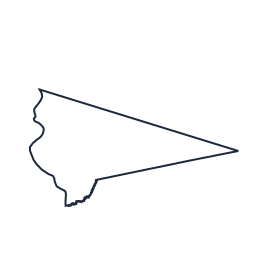 Puerto Nariño, Amazonas, Colombia, rotated 75°
{"feature_id": "7082276B14998951172946", "entity_name": "Puerto Nariño", "entity_type": "district", "adm_level": 2, "iso_a3": "COL", "parent_name": "Colombia", "parent_adm1": "Amazonas", "projection": "albers", "projection_center": [-70.424, -3.539], "detail": "fine", "context": "isolated", "style": "outline", "palette": "slate", "viewbox_px": 256, "rotation_deg": 75, "n_neighbors": 0, "source": "geoboundaries", "source_scale": "gbopen_adm2", "svg_char_len": 4689}
<svg xmlns="http://www.w3.org/2000/svg" viewBox="0 0 256 256"><g transform="rotate(75 128 128)"><path d="M186.9,208.4L187.1,207.1L187.1,206.8L187.1,206.6L187.4,206.3L187.8,206.0L187.9,205.8L187.8,205.6L187.5,205.5L187.3,205.4L187.1,205.2L187.1,204.8L187.2,204.7L187.3,204.8L187.4,205.0L187.6,205.1L187.9,205.0L188.0,204.8L188.0,204.6L188.1,204.4L188.1,204.1L188.1,203.5L188.1,203.1L187.8,202.8L187.6,202.7L187.4,202.7L187.2,202.9L187.0,202.7L186.9,202.6L186.7,202.5L186.7,202.3L186.7,202.1L186.8,202.0L187.0,201.9L187.2,201.7L186.9,201.5L186.7,201.4L186.3,201.3L186.3,201.1L186.3,200.9L186.3,200.7L186.4,200.3L186.5,200.2L186.6,200.6L186.8,200.7L187.0,200.6L187.3,200.6L187.6,200.6L187.8,200.4L187.7,200.2L187.8,200.1L187.9,199.9L188.1,199.9L188.1,199.6L187.9,199.5L187.9,199.2L188.0,198.7L188.0,198.3L188.0,198.1L188.0,197.8L188.0,197.6L187.9,197.4L187.5,197.3L187.3,197.2L187.1,197.1L186.9,197.4L186.9,197.6L186.9,197.8L186.7,197.8L186.6,197.7L186.7,197.3L186.7,197.2L186.0,197.1L185.6,197.0L185.6,196.9L185.7,196.7L185.8,196.7L185.7,196.5L185.5,196.4L185.4,196.4L185.5,196.0L185.5,195.6L185.9,195.6L186.0,195.7L186.2,195.1L186.1,194.9L186.1,194.7L186.3,194.5L186.4,194.4L186.2,194.3L185.9,194.5L185.8,194.4L185.9,194.1L185.9,193.9L186.0,193.7L186.4,193.6L186.5,193.4L186.5,193.1L186.6,192.9L186.8,192.8L187.1,192.8L187.5,192.5L187.6,192.4L187.6,192.2L187.4,192.1L187.3,192.3L187.2,192.4L186.8,192.4L186.6,192.3L186.7,192.1L186.8,191.8L186.9,191.6L187.0,191.3L187.0,190.9L187.2,190.6L187.2,190.4L187.2,190.2L186.9,190.4L186.9,190.7L186.7,190.7L186.4,190.5L186.4,190.4L186.4,190.2L186.4,189.8L186.6,189.2L186.6,188.9L186.1,188.5L185.9,188.5L185.7,188.6L185.6,188.9L185.4,188.9L185.3,188.7L185.5,188.5L185.5,188.2L185.4,187.8L185.4,187.4L185.3,187.2L185.1,187.1L185.0,187.4L185.1,187.6L185.1,187.8L184.5,188.0L184.4,188.1L184.2,188.2L183.9,187.8L184.0,187.7L184.6,187.3L184.8,187.0L184.9,186.7L184.9,186.3L184.7,185.9L184.5,185.6L184.3,185.5L184.1,185.6L183.7,186.0L183.4,186.0L183.3,185.9L183.5,185.6L183.8,185.4L184.0,185.1L184.5,184.7L184.7,184.4L185.0,184.2L185.0,183.8L184.7,183.6L184.4,183.5L184.3,183.4L184.2,183.4L184.0,183.5L184.3,183.7L184.4,183.8L184.4,184.0L184.2,184.1L183.8,184.3L183.7,184.2L183.7,183.9L183.8,183.8L183.8,183.7L183.6,183.6L183.4,183.6L183.4,183.4L183.5,183.3L183.5,183.1L183.6,182.9L183.6,182.7L183.5,182.4L183.3,182.3L183.2,182.3L183.1,182.2L183.2,181.8L183.1,181.7L182.6,181.7L182.2,181.5L182.1,181.3L182.1,181.0L181.8,181.0L181.7,180.9L181.7,180.6L181.3,180.3L181.2,180.1L180.9,180.3L180.7,180.4L180.5,180.2L180.7,179.8L180.8,179.8L180.8,179.6L180.7,179.4L179.9,179.3L179.6,179.3L179.5,179.2L179.5,178.8L179.3,178.8L179.2,178.7L179.3,178.3L179.2,178.2L178.9,178.2L178.7,178.4L178.6,178.1L178.4,177.8L178.2,177.8L177.9,178.0L177.9,178.3L177.8,178.2L177.7,178.0L177.6,177.9L177.3,177.7L177.3,177.1L177.2,176.8L176.8,177.0L176.6,176.9L176.3,176.9L176.2,176.9L176.1,176.7L176.0,176.3L175.8,175.9L175.7,176.0L175.4,176.1L175.2,176.0L174.7,175.7L174.6,175.4L174.4,175.3L174.1,175.1L174.3,174.9L174.4,174.7L174.1,174.6L174.0,174.4L173.8,174.2L173.5,174.2L173.4,174.2L173.4,173.9L173.2,173.8L173.2,173.5L172.9,173.5L172.6,173.5L172.3,173.5L172.3,173.3L172.3,173.2L172.3,172.8L172.2,172.8L172.0,173.1L171.9,173.1L171.8,172.9L172.0,172.5L172.0,172.4L171.9,172.3L171.6,172.3L171.3,172.2L171.2,172.1L170.9,172.5L170.4,172.6L170.1,172.6L169.9,172.5L175.5,76.0L178.7,27.5L67.9,203.5L68.1,203.5L68.3,203.5L69.2,203.0L69.5,202.9L71.2,202.6L71.6,202.5L72.7,202.5L73.1,202.5L75.3,202.8L75.6,202.9L76.0,203.1L76.8,203.6L77.4,204.1L79.5,206.1L81.7,208.8L82.6,210.1L83.2,211.0L83.8,211.6L84.7,212.9L84.9,213.1L85.5,213.6L86.0,213.8L86.6,214.0L87.3,214.2L88.3,214.3L89.2,214.3L90.8,214.3L91.6,214.2L92.2,214.3L92.9,214.4L93.0,214.5L93.3,214.6L93.6,215.0L94.4,216.3L94.6,216.5L95.0,216.6L95.8,216.6L96.3,216.6L96.7,216.4L97.0,216.3L97.3,216.1L97.8,215.7L98.3,215.1L99.2,214.0L99.8,213.1L101.0,212.2L103.4,210.7L103.9,210.4L104.7,210.1L105.4,209.9L106.0,209.7L106.7,209.7L107.2,209.7L107.5,209.8L108.9,210.3L110.1,210.9L111.6,212.0L112.7,213.1L113.5,214.0L114.4,215.6L115.3,217.8L115.6,219.0L115.8,219.5L116.0,219.9L116.3,220.5L116.8,221.1L116.9,221.4L117.6,223.1L117.9,223.6L118.3,224.2L119.5,225.7L121.3,227.8L124.6,228.5L128.2,228.2L134.5,227.4L139.3,225.7L145.6,222.2L151.6,217.0L152.0,216.5L152.3,216.2L153.4,214.7L154.2,213.6L154.6,213.2L154.9,213.0L155.4,212.7L155.8,212.6L156.4,212.5L157.4,212.3L160.8,212.6L164.5,212.2L165.1,212.1L165.7,211.9L166.3,211.6L166.7,211.3L166.9,211.1L167.3,210.6L167.5,210.3L168.7,209.3L169.3,208.7L171.7,206.0L172.4,205.4L173.1,204.9L175.2,205.0L177.3,205.5L181.9,207.1L186.9,208.4Z" fill="none" stroke="#1e293b" stroke-width="2"/></g></svg>